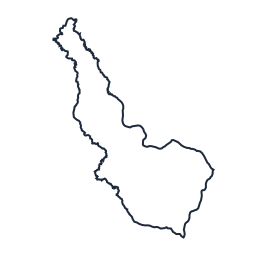 Santuario, Risaralda, Colombia (Mercator projection), rotated 193°
{"feature_id": "7082276B9908924507903", "entity_name": "Santuario", "entity_type": "district", "adm_level": 2, "iso_a3": "COL", "parent_name": "Colombia", "parent_adm1": "Risaralda", "projection": "mercator", "projection_center": [-75.953, 5.022], "detail": "fine", "context": "isolated", "style": "outline", "palette": "slate", "viewbox_px": 256, "rotation_deg": 193, "n_neighbors": 0, "source": "geoboundaries", "source_scale": "gbopen_adm2", "svg_char_len": 5901}
<svg xmlns="http://www.w3.org/2000/svg" viewBox="0 0 256 256"><g transform="rotate(193 128 128)"><path d="M220.4,196.9L218.7,196.9L217.9,197.3L217.6,197.0L217.5,195.8L215.3,195.4L215.7,194.8L215.3,194.3L214.4,194.5L214.0,194.4L214.0,193.8L213.4,193.3L213.2,192.5L212.3,193.3L211.8,193.1L211.3,192.3L211.1,191.2L210.2,191.0L210.3,190.5L210.9,190.2L209.9,189.0L209.6,189.0L209.1,190.1L208.1,189.9L207.3,189.2L206.7,189.0L204.0,189.1L203.7,188.5L203.2,185.5L204.2,184.1L204.2,183.4L204.0,183.2L201.9,182.4L198.1,183.0L197.6,181.5L195.3,181.8L193.5,180.3L193.5,179.9L194.1,179.4L193.2,179.0L193.1,178.8L194.2,178.3L194.0,178.0L193.0,177.7L193.7,176.9L193.0,175.5L194.0,175.1L193.9,174.4L192.2,171.9L189.9,170.8L189.4,170.1L189.4,168.0L188.8,166.9L189.3,165.1L189.2,162.1L188.8,161.6L187.5,161.7L186.9,159.9L186.1,159.4L186.3,157.9L185.8,156.8L184.3,155.0L184.4,154.8L183.8,154.3L183.0,150.9L183.9,149.8L184.0,148.7L183.9,147.6L183.3,146.4L183.6,143.8L182.8,142.9L182.7,141.3L183.6,139.1L183.6,138.4L184.3,137.9L184.4,136.9L184.9,136.3L184.6,134.9L184.7,130.8L183.3,126.6L182.1,125.7L179.7,124.5L177.4,124.0L176.0,122.8L175.7,122.5L175.7,121.5L174.4,119.9L174.2,117.8L172.9,116.5L172.5,115.3L170.3,114.5L168.8,113.6L169.4,112.4L168.7,111.4L167.6,111.1L165.4,112.2L163.5,111.7L163.0,111.1L162.5,109.3L161.3,109.2L160.2,108.3L160.0,106.8L159.4,106.0L159.4,105.0L158.6,104.9L157.1,105.8L156.0,105.2L155.3,105.2L154.1,106.4L153.4,105.6L153.4,104.7L152.4,103.8L150.9,103.5L148.2,102.2L147.1,102.7L144.2,100.8L144.1,100.1L144.4,99.3L143.4,98.3L143.2,97.3L142.5,96.1L142.5,94.8L142.9,94.6L143.5,94.9L143.7,94.2L144.7,92.9L144.7,91.3L145.0,91.7L145.5,91.5L145.1,91.2L145.5,90.7L146.3,90.5L146.6,89.9L146.9,89.8L146.9,89.4L146.2,89.6L145.8,87.4L146.0,86.7L146.8,86.8L147.6,86.2L147.6,84.9L147.2,84.1L147.5,82.7L147.0,82.3L147.0,80.9L148.0,80.8L148.9,80.0L148.9,79.6L150.4,78.4L150.6,78.0L150.0,77.7L149.9,76.9L148.6,74.4L147.2,74.3L146.7,73.9L147.4,73.2L147.1,72.6L147.5,71.8L146.7,71.6L146.3,70.8L145.9,70.9L145.7,71.3L144.7,71.5L144.2,71.3L142.7,71.7L141.8,71.0L141.3,72.2L140.6,72.3L139.3,73.5L138.6,73.1L138.0,73.0L137.7,72.5L136.7,71.7L136.2,70.5L135.4,70.4L134.5,69.7L133.7,69.9L133.0,69.4L132.5,69.7L132.0,69.5L131.6,68.8L130.3,68.1L129.3,66.1L128.6,66.4L127.9,65.9L127.1,66.5L127.2,66.8L128.5,67.0L128.6,67.4L127.4,68.0L126.5,67.9L125.7,68.1L124.4,67.8L124.6,66.6L123.8,66.2L122.7,64.7L123.1,63.9L123.0,62.8L123.3,61.8L124.2,60.8L124.0,60.0L122.4,59.8L121.9,59.0L120.2,58.4L119.5,57.6L118.2,57.5L117.1,55.9L117.0,54.4L116.1,52.7L113.8,50.7L113.0,49.5L111.6,49.0L111.2,48.4L110.5,48.5L110.5,47.9L109.5,46.4L108.7,45.9L107.3,44.3L106.7,44.2L106.2,43.5L105.2,43.1L104.1,42.2L103.0,40.4L100.8,38.1L97.9,37.9L95.9,37.2L92.4,36.7L89.1,37.0L87.0,37.6L85.0,37.8L82.2,37.3L80.0,37.2L77.9,38.0L76.5,38.1L73.4,37.4L69.8,38.7L68.1,40.0L66.8,39.2L63.6,39.7L61.6,37.9L61.2,37.1L60.9,36.9L59.3,36.5L57.1,35.5L54.1,36.3L53.3,36.3L51.9,34.8L49.4,33.8L49.0,34.5L48.8,36.9L49.6,39.3L50.7,41.4L50.8,47.2L50.2,48.7L48.6,50.5L48.0,52.5L47.9,54.2L48.5,56.9L48.4,59.3L48.2,60.1L47.0,61.3L46.2,61.5L44.3,63.0L42.9,63.7L41.5,65.6L41.1,71.4L40.6,73.8L40.7,77.1L40.9,78.8L42.1,82.4L42.1,83.1L41.5,84.1L40.0,84.5L39.1,85.6L38.7,87.6L39.6,91.2L39.4,93.5L38.9,95.2L36.6,97.6L36.6,98.5L35.4,100.3L35.3,102.6L35.8,105.4L35.3,106.6L37.3,107.2L38.6,108.2L41.1,111.1L42.7,112.0L43.8,113.2L47.5,117.7L49.9,120.0L52.2,121.4L55.0,121.4L55.8,121.1L57.5,121.9L58.7,122.1L60.7,122.1L62.2,121.8L63.4,122.3L66.3,121.9L69.4,122.3L71.9,123.1L75.9,125.4L81.2,126.5L82.5,126.0L83.2,124.0L86.8,120.1L88.1,118.2L89.2,117.5L90.5,115.8L91.2,115.4L92.3,115.0L93.5,114.9L96.1,115.5L100.7,115.6L103.2,115.2L104.7,114.1L106.1,113.9L107.7,114.1L109.3,114.6L109.8,115.3L110.5,119.7L108.7,122.1L108.6,124.7L109.6,126.2L111.7,128.2L112.6,130.0L114.4,131.7L116.1,132.6L117.3,132.9L119.0,132.7L124.4,130.5L126.1,129.0L130.5,129.2L131.7,129.5L133.2,130.5L134.5,132.4L135.2,134.3L135.7,139.1L137.1,143.8L137.0,146.2L137.7,148.8L138.8,150.4L140.2,151.8L144.4,154.0L145.4,155.0L146.8,155.2L147.8,156.0L148.5,155.8L149.2,156.2L150.4,156.3L151.4,157.2L151.9,156.8L152.6,157.1L153.4,156.8L153.5,157.4L154.2,156.9L154.5,157.0L155.6,158.2L155.1,159.1L156.3,159.7L156.3,160.4L156.7,161.0L156.3,161.3L156.7,162.1L156.3,163.3L156.3,165.3L156.6,166.2L156.4,166.9L156.5,167.4L156.3,168.7L157.7,169.7L158.2,170.4L159.1,170.7L159.0,171.2L159.6,172.2L160.3,172.6L161.2,172.4L162.6,172.8L162.9,173.8L163.8,174.0L165.7,176.1L167.1,176.1L168.1,178.3L169.8,179.1L170.5,180.6L171.3,181.4L172.3,184.7L172.4,186.1L171.6,186.8L171.9,187.5L172.3,187.8L172.8,187.6L173.0,188.0L173.6,188.1L174.6,189.0L176.1,188.2L177.1,188.7L177.5,189.1L177.5,190.4L178.7,191.1L178.6,192.3L178.8,192.7L179.3,192.9L179.9,192.8L180.1,193.5L180.8,193.3L181.2,194.4L182.1,194.6L182.8,194.4L182.9,194.6L182.4,195.1L182.6,195.9L183.6,196.0L183.3,195.3L184.1,195.6L184.5,195.1L185.1,194.9L186.2,195.1L186.2,195.4L186.6,195.7L186.4,196.3L186.9,197.2L187.6,197.0L187.6,197.5L188.6,197.8L188.3,198.5L188.4,199.0L189.7,199.2L189.7,199.5L188.9,199.6L188.8,200.0L189.1,200.5L189.4,200.2L189.6,200.3L189.5,200.8L189.7,201.3L189.4,201.6L189.6,202.1L191.2,204.0L191.9,203.8L192.5,203.3L193.7,203.8L193.8,204.2L194.4,204.7L194.4,205.1L194.8,205.4L195.2,206.6L196.1,207.7L196.1,209.0L196.7,208.5L197.4,208.6L197.7,209.1L198.4,209.3L198.8,209.8L199.3,209.7L201.1,210.5L202.3,210.4L202.7,210.7L203.1,211.6L202.8,212.7L203.3,212.9L202.5,215.3L204.1,216.6L203.3,217.7L203.2,219.4L202.6,219.7L202.4,220.1L202.6,222.0L203.1,222.2L203.8,222.1L204.5,221.0L204.9,220.8L207.2,222.0L208.0,222.2L209.9,221.3L210.7,220.7L211.3,219.6L211.6,218.1L212.0,213.5L214.0,213.1L214.1,210.7L215.8,210.1L216.5,209.3L215.9,206.6L215.2,206.1L213.6,205.6L213.2,204.7L213.5,204.4L214.4,204.5L215.3,204.3L217.5,202.2L217.7,201.6L216.7,200.6L216.6,200.0L217.3,199.3L220.6,198.3L220.7,197.8L220.4,196.9Z" fill="none" stroke="#1e293b" stroke-width="2"/></g></svg>